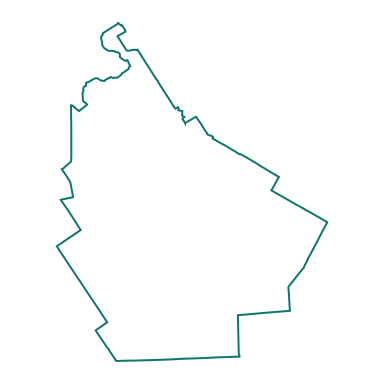 outline of Toporu, Giurgiu, Romania
{"feature_id": "2599482B93697882069712", "entity_name": "Toporu", "entity_type": "district", "adm_level": 2, "iso_a3": "ROU", "parent_name": "Romania", "parent_adm1": "Giurgiu", "projection": "albers", "projection_center": [25.652, 44.005], "detail": "fine", "context": "isolated", "style": "outline", "palette": "teal", "viewbox_px": 384, "rotation_deg": 0, "n_neighbors": 0, "source": "geoboundaries", "source_scale": "gbopen_adm2", "svg_char_len": 5662}
<svg xmlns="http://www.w3.org/2000/svg" viewBox="0 0 384 384"><path d="M207.0,357.9L213.9,357.5L226.2,357.1L233.5,356.8L236.7,356.7L239.5,356.7L239.5,355.9L239.5,355.7L238.9,354.2L238.8,353.9L238.8,353.7L238.7,350.3L238.6,348.5L238.5,341.9L238.2,329.4L237.9,315.2L251.1,314.1L264.1,312.9L289.9,310.8L289.3,301.5L289.1,299.1L289.1,296.4L288.9,293.9L288.7,291.2L288.4,287.7L288.4,287.3L288.5,286.9L288.6,286.7L288.9,286.3L289.2,285.8L290.0,284.9L295.6,277.7L297.1,275.8L297.4,275.3L298.2,274.4L299.8,272.5L302.7,268.8L303.0,268.5L303.6,268.0L303.8,267.7L304.0,267.3L304.4,266.0L304.6,265.4L305.5,264.0L306.4,262.2L307.1,261.0L307.0,260.9L308.6,257.4L309.7,255.5L310.3,254.6L311.2,252.7L312.6,250.2L313.0,249.2L313.3,248.9L313.8,247.8L317.7,240.6L318.7,238.5L318.9,238.2L319.4,237.2L320.3,235.4L322.2,231.8L322.6,230.6L322.8,230.2L323.2,229.7L324.0,228.4L325.2,226.1L326.8,223.2L327.2,222.2L326.2,221.5L322.8,219.6L320.3,218.1L318.2,216.9L316.5,215.9L315.8,215.6L314.7,214.9L313.4,214.2L312.7,213.8L311.2,212.9L310.4,212.5L308.7,211.5L307.3,210.8L306.7,210.4L305.0,209.5L303.0,208.3L299.8,206.5L298.0,205.5L296.1,204.5L293.8,203.2L288.6,200.2L287.3,199.5L281.1,195.9L279.3,194.9L278.5,194.6L278.2,194.3L277.7,194.0L272.3,190.9L271.4,190.4L275.7,182.7L278.9,176.9L271.8,172.8L270.1,171.8L269.4,171.3L265.7,169.1L261.0,166.3L254.7,162.3L251.0,160.1L247.4,158.0L240.7,154.2L240.4,154.2L240.1,154.3L239.6,154.3L234.5,151.1L229.0,147.9L224.5,145.1L222.0,143.9L219.9,142.7L218.2,141.7L216.6,140.8L213.8,139.2L212.5,138.3L213.1,137.1L212.5,136.7L212.0,136.2L211.8,135.9L211.4,135.9L211.2,135.8L209.2,135.2L208.8,135.1L208.2,134.9L207.9,134.6L207.3,134.1L207.1,133.7L206.8,133.3L206.7,132.9L206.6,132.5L206.4,132.2L206.1,131.9L205.8,131.6L205.7,131.4L205.2,130.7L204.5,129.6L203.0,127.2L201.8,125.2L201.2,124.2L200.4,123.0L198.7,120.6L197.0,118.1L196.4,117.1L196.2,117.0L195.9,116.9L195.6,116.9L193.5,118.2L187.0,121.9L186.6,122.1L186.0,122.4L185.6,122.6L185.4,122.7L185.3,122.9L185.3,123.0L185.2,123.5L184.8,122.7L184.7,122.4L184.5,122.1L184.4,121.9L184.1,121.5L182.6,119.1L182.4,118.7L184.4,117.0L182.6,116.0L182.0,115.1L182.0,114.4L182.3,114.0L182.2,113.7L182.3,111.0L178.5,110.3L178.9,109.7L178.0,107.2L175.7,108.7L175.1,108.2L174.7,107.8L174.5,107.5L174.1,107.0L172.3,104.1L169.8,100.2L168.9,98.8L168.2,97.7L164.2,91.5L163.3,90.1L158.6,82.8L158.4,82.3L157.9,81.2L157.3,80.4L157.1,80.1L156.6,79.8L155.9,78.6L153.4,74.7L149.8,69.0L146.9,64.5L144.3,60.3L139.0,52.0L138.2,50.8L137.6,49.7L136.7,50.1L133.7,49.7L130.2,50.5L127.9,50.7L126.6,50.5L117.5,36.2L125.5,31.6L125.3,30.4L123.4,27.4L121.8,25.1L121.6,25.0L121.4,25.3L121.2,25.5L120.9,25.4L118.6,23.4L118.2,23.0L117.1,24.2L113.2,26.6L113.0,26.8L112.6,27.0L104.0,32.5L102.9,33.2L102.8,33.3L102.7,33.7L102.7,34.6L102.5,35.0L102.4,35.2L102.2,35.6L102.0,35.8L101.6,36.1L101.3,36.4L101.2,37.0L101.1,37.3L101.1,37.7L101.1,37.8L101.1,38.2L101.1,38.4L101.3,39.3L101.6,40.2L102.0,41.8L102.0,42.0L102.2,43.0L102.3,44.5L102.3,44.9L102.5,45.5L102.9,46.2L103.8,47.5L104.4,48.2L104.8,48.5L105.2,48.9L106.1,49.3L107.0,49.9L107.8,50.5L108.1,50.7L108.4,50.7L109.4,50.8L109.6,50.8L110.7,50.8L112.1,51.0L113.0,51.0L113.3,51.1L113.6,51.1L114.0,51.2L114.8,51.4L115.4,51.7L116.2,52.2L116.5,52.3L117.1,52.4L117.6,52.4L117.8,52.3L118.3,52.4L118.5,52.6L118.7,52.8L119.2,53.3L119.6,53.7L119.7,54.0L119.9,54.5L119.9,54.8L119.9,56.2L119.9,56.4L119.8,56.5L120.0,56.9L120.1,57.2L120.3,57.4L120.6,57.6L121.3,58.2L121.7,58.7L122.1,59.1L122.3,59.2L122.8,59.3L123.5,59.8L124.3,60.3L124.7,60.5L125.4,60.8L125.6,60.8L126.8,60.8L127.0,60.8L127.2,60.6L127.2,60.2L127.3,60.2L128.7,62.5L128.7,63.1L128.7,63.6L128.9,63.7L129.1,63.9L129.5,64.6L129.8,65.1L130.3,65.9L130.1,66.0L129.5,66.6L129.1,67.1L128.9,67.4L128.8,67.8L128.6,68.9L127.4,69.8L126.5,70.4L125.2,71.3L124.6,71.8L123.5,72.5L122.1,73.2L121.5,74.3L121.2,74.7L120.7,75.2L118.8,76.7L117.9,77.3L117.2,77.6L116.5,77.7L114.7,77.7L114.4,77.9L113.0,77.9L112.7,77.9L112.0,77.5L111.5,77.2L111.1,77.1L110.6,77.1L110.3,77.3L109.7,77.8L109.4,78.0L108.3,78.3L107.9,78.5L107.1,79.2L106.7,79.3L106.2,79.3L105.7,79.5L105.4,79.9L105.1,80.4L104.7,80.8L104.0,81.1L103.2,80.9L102.8,80.7L102.3,80.5L101.7,80.5L101.2,80.6L99.9,79.9L98.3,78.8L97.6,78.4L96.9,78.3L95.7,78.3L94.8,78.6L94.0,78.8L93.4,79.2L91.6,80.2L90.0,81.1L88.2,82.2L87.8,82.4L86.7,82.4L86.2,82.7L86.1,83.5L86.1,84.3L86.2,85.3L86.0,85.8L85.5,86.2L84.5,86.4L83.8,86.9L83.5,87.7L83.3,89.6L83.4,90.3L83.4,91.1L83.1,91.8L82.6,92.8L82.6,95.1L82.7,96.0L82.9,99.9L83.0,101.0L83.5,101.5L84.3,102.1L85.4,102.7L85.8,103.2L86.9,104.2L87.1,104.5L86.6,105.2L78.9,111.1L72.4,105.5L71.0,105.3L71.3,130.4L71.3,152.7L71.3,157.6L71.1,159.9L71.1,161.3L69.9,162.6L64.2,167.6L62.8,168.8L62.3,168.9L61.8,169.1L70.0,181.4L70.2,181.8L72.8,195.4L73.0,197.2L62.8,199.3L60.8,199.9L68.0,210.2L71.9,216.3L80.7,230.0L73.4,235.0L66.7,239.5L56.8,246.3L59.9,251.1L65.0,258.7L66.8,261.5L69.1,265.0L71.4,268.4L73.2,271.1L74.4,272.9L76.8,276.6L78.0,278.3L80.1,281.4L84.7,288.4L86.8,291.5L88.7,294.4L90.0,296.3L92.1,299.4L97.0,306.9L99.8,310.9L100.4,311.9L101.5,313.6L102.9,315.7L103.5,316.7L105.5,319.7L107.2,322.3L103.6,324.8L103.0,325.3L99.6,327.6L95.7,330.4L96.4,331.6L98.2,334.3L100.9,338.3L102.0,339.9L104.9,344.2L105.6,345.3L106.2,346.3L107.2,347.6L108.5,349.2L108.6,349.4L108.7,349.6L109.2,350.4L110.0,351.6L113.2,356.4L113.7,357.1L114.6,358.3L115.5,359.7L115.5,359.8L115.5,360.0L115.4,360.1L115.6,360.5L117.3,361.0L119.3,360.9L121.2,360.8L130.9,360.6L135.0,360.6L140.2,360.4L144.1,360.3L148.0,360.2L151.5,360.1L159.4,359.8L161.1,359.8L166.2,359.6L168.6,359.5L174.9,359.2L177.6,359.1L179.7,358.9L190.3,358.5L197.1,358.3L207.0,357.9Z" fill="none" stroke="#0f766e" stroke-width="2"/></svg>